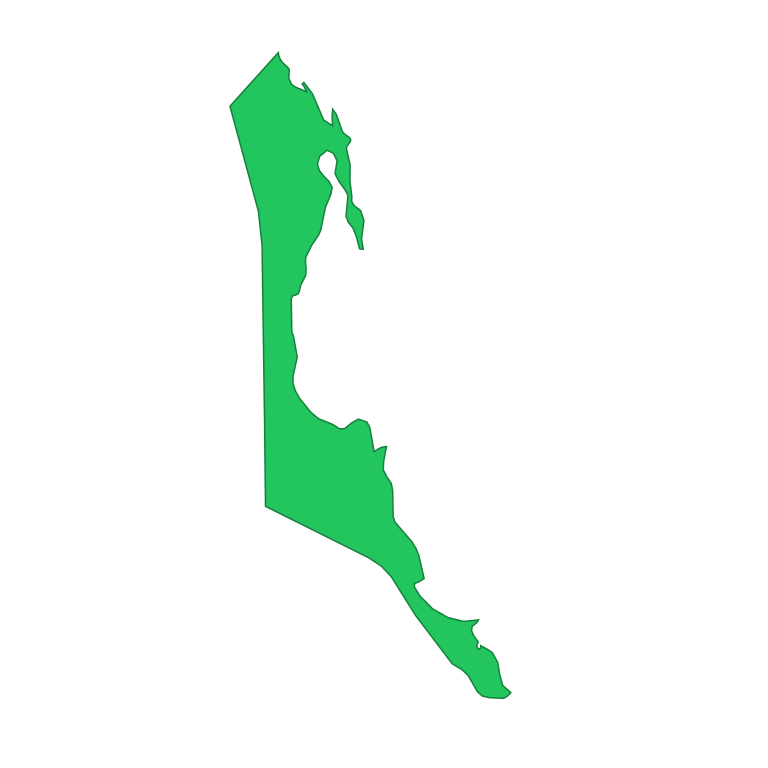 the border of Aurora, rotated 313°
{"feature_id": "PHL-2549", "entity_name": "Aurora", "entity_type": "Province", "adm_level": 1, "iso_a3": "PHL", "parent_name": "Philippines", "parent_adm1": "", "projection": "natural_earth1", "projection_center": [121.766, 15.77], "detail": "fine", "context": "isolated", "style": "filled", "palette": "green", "viewbox_px": 768, "rotation_deg": 313, "n_neighbors": 0, "source": "natural_earth", "source_scale": "10m", "svg_char_len": 1976}
<svg xmlns="http://www.w3.org/2000/svg" viewBox="0 0 768 768"><g transform="rotate(313 384 384)"><path d="M554.3,80.7L552.2,83.4L550.6,87.0L549.9,90.6L549.8,98.8L548.9,100.8L542.7,105.8L540.2,111.8L540.6,116.2L544.9,128.1L547.1,122.5L547.5,119.7L549.9,119.7L547.4,133.9L535.9,159.8L537.8,170.3L543.8,164.0L549.9,159.1L548.8,165.0L540.1,181.7L539.9,184.3L540.6,190.5L540.1,192.9L538.3,194.1L532.7,194.8L530.9,195.5L521.2,209.7L509.3,220.6L498.4,233.5L497.1,234.3L495.9,235.4L494.8,237.6L494.1,240.9L494.4,244.1L494.8,246.8L494.8,248.8L489.8,257.9L474.7,268.7L468.4,277.0L466.2,274.0L473.2,262.8L476.7,255.4L478.1,247.3L480.8,241.8L497.4,229.0L499.6,222.4L501.4,213.0L504.5,204.7L515.3,197.4L518.2,189.8L516.2,183.0L506.6,181.7L499.6,185.2L496.1,191.0L494.9,198.0L494.7,205.5L492.4,211.9L486.7,215.7L473.4,220.6L453.4,232.8L448.3,234.6L435.7,236.6L423.2,240.4L418.9,244.2L414.8,248.8L409.9,252.7L399.4,255.7L395.4,258.1L391.7,259.8L388.8,258.7L385.9,257.0L382.8,258.3L359.2,281.1L357.2,285.3L344.5,302.2L327.4,312.3L322.0,317.5L318.4,324.2L315.8,332.6L313.4,349.9L314.0,359.8L319.5,374.1L320.9,382.1L324.6,385.7L332.7,386.7L340.8,389.2L344.5,397.4L342.5,403.3L327.8,422.9L333.6,424.4L336.6,425.8L339.9,428.4L326.6,436.9L320.6,442.3L318.1,449.3L316.3,457.0L311.9,463.1L293.3,481.1L290.5,486.0L287.6,512.3L285.4,519.9L282.3,526.5L269.1,546.0L263.0,544.4L259.1,542.4L256.4,544.4L253.5,554.7L252.7,572.9L256.8,590.0L264.7,604.2L275.1,613.3L276.0,613.9L273.2,614.6L266.9,613.8L263.2,616.3L261.1,621.5L259.6,628.8L258.7,629.3L257.2,629.6L255.5,630.6L254.5,633.1L255.0,634.6L256.4,634.6L257.9,633.9L258.6,633.2L261.0,642.9L261.4,646.5L258.0,656.9L250.6,666.6L244.5,676.3L244.8,687.2L242.4,687.3L240.0,687.1L237.6,686.5L235.5,685.7L226.4,674.9L222.8,668.7L222.7,661.9L228.2,644.3L228.3,636.2L225.9,624.7L236.3,564.8L248.0,520.8L249.0,506.4L246.4,491.1L213.7,380.8L276.7,320.7L402.3,200.2L424.7,174.3L482.1,81.9L554.3,80.7Z" fill="#22c55e" stroke="#15803d" stroke-width="1.5"/></g></svg>